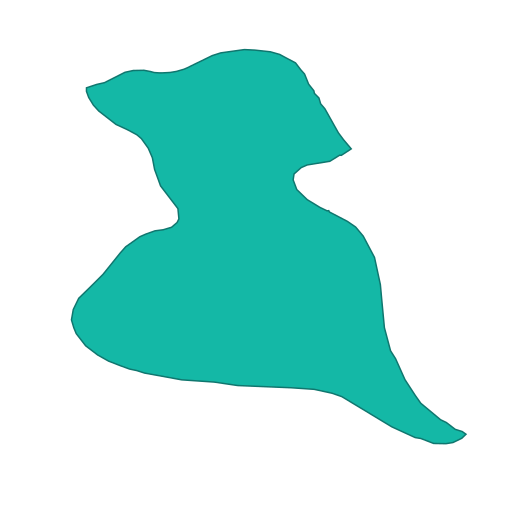 outline of Chiché, Quiché, Guatemala, rotated 264°
{"feature_id": "79465075B58448783087993", "entity_name": "Chiché", "entity_type": "district", "adm_level": 2, "iso_a3": "GTM", "parent_name": "Guatemala", "parent_adm1": "Quiché", "projection": "equal_earth", "projection_center": [-91.034, 15.008], "detail": "fine", "context": "isolated", "style": "filled", "palette": "teal", "viewbox_px": 512, "rotation_deg": 264, "n_neighbors": 0, "source": "geoboundaries", "source_scale": "gbopen_adm2", "svg_char_len": 1541}
<svg xmlns="http://www.w3.org/2000/svg" viewBox="0 0 512 512"><g transform="rotate(264 256 256)"><path d="M441.0,105.0L437.5,104.6L431.1,106.2L423.0,110.1L416.6,114.8L401.5,130.5L395.2,141.1L389.1,150.1L384.7,154.3L374.5,160.1L364.6,163.2L352.7,164.2L342.7,166.7L335.7,168.4L311.3,183.3L301.0,183.2L297.5,181.0L293.4,175.0L291.8,166.4L291.6,158.2L289.3,148.7L287.3,142.5L278.8,127.4L273.3,121.4L253.7,101.9L241.7,87.0L232.5,75.3L221.9,68.7L211.8,65.8L203.7,67.3L197.6,69.1L184.5,77.2L174.1,88.2L166.8,98.5L161.0,109.8L156.8,118.4L154.5,125.5L151.2,133.0L140.6,169.2L135.0,201.2L129.1,224.2L121.3,277.2L117.3,300.0L111.6,317.2L107.2,326.6L71.9,373.2L58.8,395.3L57.3,400.8L51.0,413.1L49.5,425.3L49.9,432.4L53.2,441.6L56.8,446.2L59.9,442.7L62.8,436.0L70.5,427.9L73.9,422.4L92.3,404.5L100.5,399.9L117.5,391.2L139.2,384.1L147.7,379.9L171.3,376.2L200.6,376.5L214.5,376.7L242.2,373.7L264.6,364.7L274.4,358.1L280.9,350.5L292.1,333.6L293.5,333.1L293.5,331.4L297.7,324.6L306.7,312.8L317.8,303.5L327.8,300.9L333.6,302.4L339.2,310.2L341.2,316.5L342.5,339.4L347.5,349.7L347.2,351.4L352.6,361.9L362.5,355.2L369.9,350.8L395.2,339.9L400.6,336.2L406.6,335.1L411.6,331.1L414.3,330.8L421.4,326.3L431.9,323.3L436.5,320.0L443.9,315.5L450.5,305.7L454.0,300.6L457.6,291.6L460.9,276.3L462.5,266.0L461.7,242.2L459.9,233.5L451.8,211.2L450.7,208.4L449.3,204.0L447.9,196.2L447.5,189.8L447.9,182.1L448.2,179.0L449.1,173.9L450.5,170.3L452.4,164.0L453.3,153.3L452.4,144.9L444.2,123.3L443.3,115.6L441.0,105.0Z" fill="#14b8a6" stroke="#0f766e" stroke-width="1.5"/></g></svg>